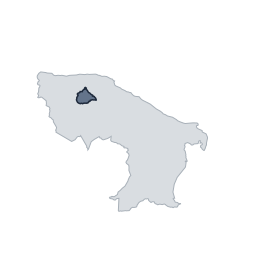 Apurímac on a map of Peru (orthographic projection), rotated 149°
{"feature_id": "PER-569", "entity_name": "Apurímac", "entity_type": "Department", "adm_level": 1, "iso_a3": "PER", "parent_name": "Peru", "parent_adm1": "", "projection": "orthographic", "projection_center": [-73.045, -14.013], "detail": "fine", "context": "in_parent", "style": "filled", "palette": "slate", "viewbox_px": 256, "rotation_deg": 149, "n_neighbors": 0, "source": "natural_earth", "source_scale": "10m", "svg_char_len": 5716}
<svg xmlns="http://www.w3.org/2000/svg" viewBox="0 0 256 256"><g transform="rotate(149 128 128)"><path d="M179.8,77.1L179.8,77.8L178.9,78.1L178.2,77.6L177.0,77.7L175.3,76.2L171.3,76.4L169.5,78.2L166.9,78.5L163.9,79.3L160.6,79.7L155.5,82.5L154.3,83.6L151.9,85.3L150.0,85.9L149.1,91.1L147.2,94.1L146.5,95.8L147.5,98.3L147.5,99.5L146.4,100.5L145.5,100.6L143.8,101.7L141.1,104.0L140.7,105.7L141.5,108.1L141.2,108.3L139.1,108.8L139.1,110.1L138.7,110.6L140.5,112.4L141.5,112.9L141.6,113.4L141.4,113.8L141.0,114.0L141.0,114.4L142.3,115.8L143.3,118.6L145.2,120.0L145.2,120.9L145.8,121.7L146.8,122.4L149.1,125.2L149.1,126.5L146.7,129.5L150.7,129.5L155.1,130.5L155.7,131.0L156.3,132.3L156.3,133.2L157.2,133.9L157.1,135.5L162.9,135.6L166.6,135.2L172.7,130.3L173.7,129.9L173.1,130.9L173.1,131.7L173.4,132.6L172.7,133.8L172.5,145.9L173.6,145.3L175.0,146.4L176.1,146.5L179.4,145.2L183.2,145.5L191.9,161.5L191.1,162.5L191.2,163.4L190.1,164.0L188.9,165.3L188.8,171.6L187.9,173.5L188.4,174.5L188.8,176.5L189.6,177.7L189.8,178.5L189.7,178.8L188.5,179.5L188.3,180.6L186.1,182.8L185.7,184.3L184.9,184.8L184.7,186.5L186.6,189.4L185.3,191.0L184.1,193.5L186.0,198.7L186.8,199.5L187.7,199.4L189.0,199.9L189.6,200.7L188.0,201.7L187.8,202.1L187.8,203.8L186.1,205.0L183.7,208.3L183.0,208.4L181.8,209.4L181.6,209.9L181.8,210.4L182.8,211.3L182.9,212.5L181.2,214.0L180.0,214.1L179.5,214.5L180.0,216.5L179.9,217.4L179.6,218.5L178.7,219.6L176.2,220.8L173.9,221.0L170.1,218.0L168.9,216.7L165.1,214.1L164.5,211.5L163.2,210.2L160.8,209.2L158.9,207.8L157.5,207.2L154.1,204.1L150.9,203.2L144.9,200.0L141.7,199.0L137.5,196.0L135.3,195.2L133.5,193.8L128.1,190.9L127.2,190.0L126.4,188.6L125.2,187.7L123.8,185.7L121.7,184.6L119.8,183.1L117.3,178.9L116.2,178.0L116.1,176.1L115.3,175.2L116.4,174.6L117.2,171.6L116.7,170.2L113.9,166.3L113.4,164.6L111.3,161.6L110.5,159.8L108.9,158.5L108.2,157.4L107.3,156.9L107.2,155.5L106.6,152.9L105.6,151.5L102.4,149.1L102.0,146.4L101.3,144.5L96.6,137.0L93.9,129.7L91.6,125.7L90.7,123.3L90.6,122.1L88.9,119.9L88.0,118.0L84.3,114.3L82.1,110.1L81.8,108.8L80.3,106.6L77.9,103.6L76.7,102.4L69.6,98.9L66.2,96.7L65.8,95.6L66.0,94.9L66.7,94.2L67.7,94.7L68.3,94.5L68.8,93.6L68.8,92.4L68.1,90.8L65.8,87.7L66.4,86.3L64.1,82.8L64.6,79.2L65.1,78.3L68.5,74.7L69.4,73.1L70.9,72.1L72.4,70.7L74.2,69.5L74.7,69.9L75.3,71.7L75.2,73.0L75.7,74.4L74.5,75.7L73.1,75.5L72.6,75.8L72.4,76.4L72.6,77.4L72.9,77.8L74.0,77.8L72.6,79.7L72.7,80.1L73.7,80.4L74.6,79.9L75.6,78.8L76.1,78.6L79.6,80.3L81.2,80.1L82.5,80.9L82.6,82.2L84.4,84.8L87.0,85.3L87.4,85.1L88.0,84.1L88.6,83.9L88.7,82.5L90.9,80.9L91.2,79.8L90.9,79.1L91.0,78.5L92.2,75.1L92.7,74.7L93.0,73.6L93.6,72.9L94.3,69.1L94.9,69.1L95.5,70.0L96.2,69.7L95.8,68.9L95.9,68.6L98.4,65.5L99.2,64.8L111.2,60.4L117.3,56.0L122.5,49.9L124.2,43.8L124.8,44.2L125.8,44.1L125.5,41.6L125.7,40.5L125.7,40.1L124.0,38.7L123.4,37.1L121.9,36.2L122.0,35.9L123.5,36.2L124.9,36.0L126.1,35.0L127.0,35.1L128.9,36.4L130.4,36.5L130.9,37.5L132.3,38.2L134.3,40.3L135.3,42.6L135.2,43.0L136.1,44.2L138.1,44.7L140.0,46.4L142.1,46.9L143.0,48.5L143.5,48.9L143.8,49.8L143.5,50.8L143.8,51.4L145.3,52.3L146.6,52.3L146.8,52.7L147.6,55.2L147.1,56.5L147.3,57.2L149.0,57.8L149.5,58.4L150.8,58.5L152.7,58.0L155.0,58.7L156.8,58.5L157.7,58.3L158.5,57.7L159.2,57.7L161.1,56.1L161.6,56.0L163.6,56.7L165.2,57.8L167.3,57.6L168.1,57.0L169.6,56.6L172.3,58.0L172.9,58.6L173.6,58.8L176.5,60.1L177.0,60.7L178.5,61.2L178.9,61.7L178.8,62.2L172.0,72.4L174.1,73.3L176.0,72.8L177.0,73.5L177.8,75.2L179.3,76.4L179.8,77.1Z" fill="#d9dde1" stroke="#a8b0b8" stroke-width="1"/><path d="M149.5,170.2L149.8,170.2L149.9,170.3L150.0,170.5L150.4,170.6L150.8,170.6L151.1,170.8L151.8,171.3L152.5,171.7L152.7,171.8L152.8,171.9L152.9,172.0L153.3,172.0L153.7,172.1L153.8,172.2L154.0,172.2L154.4,172.2L154.5,172.3L154.8,172.7L154.8,172.8L155.1,173.1L155.4,173.3L155.6,173.3L156.1,173.3L156.4,173.6L156.5,173.6L157.1,174.2L157.3,174.4L157.4,174.7L157.6,175.1L157.8,175.5L158.0,175.8L157.9,177.6L157.7,178.6L157.5,178.8L157.4,179.0L157.1,179.2L157.0,179.3L156.9,179.4L156.7,179.7L156.5,179.9L156.4,180.1L156.1,180.6L155.6,180.8L155.3,180.9L155.1,180.9L155.0,181.0L154.9,181.1L154.8,181.3L154.6,181.4L154.5,181.5L154.3,181.6L154.1,181.6L153.9,181.8L153.8,182.0L153.8,182.3L153.9,182.6L154.0,182.7L154.0,182.8L154.0,183.1L153.9,183.3L153.1,183.5L152.9,183.6L152.7,183.5L152.5,183.4L152.4,183.4L152.2,183.4L151.9,183.4L151.7,183.4L151.4,183.2L151.2,183.2L150.9,183.3L150.6,183.5L150.3,183.9L149.7,183.6L149.3,183.3L149.0,183.1L148.8,183.0L148.5,182.8L148.4,183.1L148.2,183.2L147.9,183.2L147.7,183.3L147.4,183.5L147.2,183.5L146.6,183.7L146.3,183.7L146.1,183.8L145.9,183.7L145.7,183.7L145.4,183.6L145.2,183.6L145.2,183.8L145.1,184.0L144.8,184.2L144.8,184.3L144.7,184.5L144.4,184.7L144.1,184.7L143.9,184.8L143.7,184.8L143.6,184.7L143.2,183.6L143.3,183.5L143.5,183.5L143.7,183.4L143.9,182.5L143.9,182.3L143.7,182.0L143.5,181.5L143.5,181.4L143.5,180.7L143.6,180.0L143.6,179.6L143.5,179.2L143.5,178.9L143.5,178.7L143.2,178.2L142.9,177.9L142.8,177.7L142.6,177.1L142.6,176.4L141.4,174.3L141.4,174.0L141.8,173.9L142.0,173.8L142.0,173.7L141.8,173.4L141.5,173.0L141.4,172.9L141.2,172.8L141.0,172.7L140.9,172.6L140.7,172.3L140.7,172.2L140.7,171.5L140.6,171.1L140.5,170.7L140.4,170.5L140.4,170.4L140.4,170.0L140.4,169.9L140.7,169.5L140.7,169.3L140.6,169.1L140.6,168.9L140.7,168.7L140.8,168.4L141.1,168.3L141.3,168.5L141.6,168.9L143.4,170.0L143.5,170.1L143.9,170.5L144.2,170.7L145.2,170.8L145.3,170.9L145.5,170.9L145.6,171.0L145.8,171.0L146.2,171.1L146.3,171.0L146.5,170.9L146.6,170.6L147.0,170.6L147.3,170.6L147.5,170.6L147.7,170.8L147.9,170.9L148.1,170.7L148.3,170.6L148.5,170.5L148.8,170.5L149.1,170.3L149.2,170.2L149.5,170.2Z" fill="#64748b" stroke="#1e293b" stroke-width="1.5"/></g></svg>